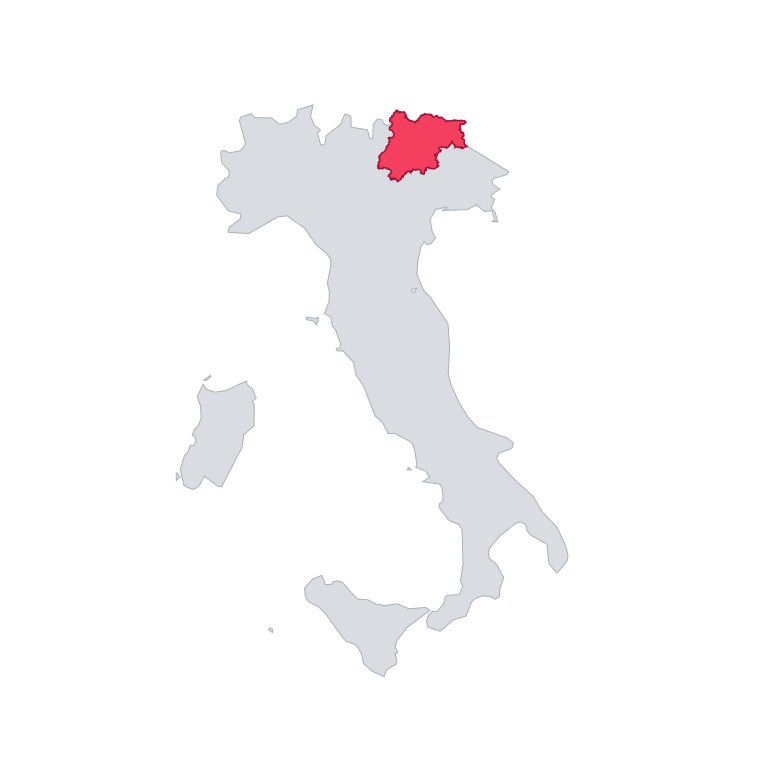 location of Trentino-Alto Adige, Bozen, Italy, rotated 20°
{"feature_id": "23120603B10307341449000", "entity_name": "Trentino-Alto Adige", "entity_type": "district", "adm_level": 2, "iso_a3": "ITA", "parent_name": "Italy", "parent_adm1": "Bozen", "projection": "mercator", "projection_center": [11.286, 46.382], "detail": "fine", "context": "in_parent", "style": "filled", "palette": "rose", "viewbox_px": 768, "rotation_deg": 20, "n_neighbors": 0, "source": "geoboundaries", "source_scale": "gbopen_adm2", "svg_char_len": 9756}
<svg xmlns="http://www.w3.org/2000/svg" viewBox="0 0 768 768"><g transform="rotate(20 384 384)"><path d="M166.9,175.4L171.2,178.0L187.2,172.5L197.0,175.7L205.1,170.4L210.2,162.2L209.1,155.9L221.9,146.0L223.3,157.3L230.5,165.0L237.4,166.9L235.8,171.5L242.7,180.8L245.5,180.0L246.4,178.3L244.7,170.4L254.4,155.0L254.7,144.3L256.5,143.2L261.3,143.9L265.3,153.9L281.4,150.8L286.9,158.4L289.4,156.9L285.2,143.9L287.2,137.2L291.4,136.0L294.4,139.2L300.6,140.1L300.9,136.1L299.3,133.5L301.5,122.0L310.8,123.1L316.2,127.2L322.7,127.1L328.2,118.0L332.5,115.7L353.4,115.1L368.8,109.6L370.1,110.8L367.3,115.2L368.2,118.0L377.4,131.3L428.8,141.8L428.0,145.0L417.0,153.3L416.2,156.5L417.9,159.3L426.2,161.2L420.5,169.0L420.5,172.0L424.9,172.4L424.3,181.8L429.7,184.7L435.7,192.9L429.6,194.5L432.1,192.2L426.0,184.2L419.6,187.6L409.5,184.1L402.6,191.7L379.1,201.1L383.2,196.8L381.5,196.8L372.9,202.4L371.0,213.8L377.6,225.0L382.7,229.0L380.3,235.8L377.2,238.4L373.1,236.5L371.9,242.6L374.1,258.7L377.7,270.0L389.3,282.5L397.7,286.5L423.5,305.5L432.9,326.6L441.0,352.8L447.8,362.6L461.8,376.5L474.6,386.7L486.4,392.9L517.6,392.6L525.5,394.9L526.4,399.2L524.9,402.1L515.6,409.4L515.1,415.1L519.5,419.1L540.7,429.7L562.3,438.5L576.8,450.1L595.7,459.6L610.3,474.3L615.5,482.0L616.5,488.0L612.9,498.3L610.9,502.5L600.5,496.6L592.1,479.0L573.7,475.9L568.3,472.9L565.3,467.5L559.4,467.0L555.4,469.8L545.3,486.3L539.8,500.5L539.5,506.2L542.5,511.8L551.3,514.9L562.7,524.9L563.0,537.3L565.1,544.3L562.1,548.2L556.3,547.2L548.6,549.7L543.2,554.2L540.9,558.5L540.4,573.9L530.1,581.8L521.2,597.2L508.2,597.3L505.1,592.6L505.0,585.5L507.3,581.2L512.0,579.2L515.3,570.1L514.3,563.6L516.1,560.7L526.7,556.3L527.2,547.1L523.2,543.0L519.9,526.3L507.0,493.8L502.7,490.6L491.3,489.8L477.9,481.1L477.0,477.5L479.3,474.0L477.7,469.2L473.5,461.0L470.6,459.0L453.9,462.6L458.6,455.8L452.7,451.5L442.3,451.5L442.5,448.5L435.1,435.0L430.1,429.5L411.1,426.7L404.9,429.1L395.5,420.5L386.9,417.3L365.1,392.5L354.6,385.1L347.9,374.2L334.6,367.0L328.5,368.8L327.0,367.4L330.2,365.2L329.5,361.1L320.5,350.2L315.2,346.7L311.5,339.7L303.9,338.0L304.2,325.3L301.3,316.3L296.3,308.6L293.4,290.2L291.1,285.0L285.6,281.1L273.2,276.7L255.9,264.7L235.4,259.1L227.0,263.3L205.5,288.9L185.5,294.8L185.0,289.5L192.7,277.6L191.1,273.2L178.6,274.6L162.2,263.8L160.0,254.2L164.6,245.1L167.3,242.9L165.8,236.8L155.8,231.6L151.8,223.4L151.5,220.7L154.0,219.2L159.9,219.7L169.2,213.9L171.9,206.0L157.9,185.9L158.4,181.7L166.9,175.4ZM381.2,287.5L381.9,282.7L377.7,285.7L378.9,287.9L381.2,287.5ZM504.7,580.9L489.0,605.0L483.7,621.1L484.4,627.2L488.8,631.7L486.6,633.4L491.4,641.0L491.3,643.0L484.3,651.6L484.2,659.0L471.0,657.9L460.3,653.6L455.0,645.0L450.7,641.4L446.2,638.6L436.9,638.8L432.8,637.0L408.0,620.1L398.4,615.6L387.3,614.4L382.8,610.7L379.2,603.2L383.6,591.6L391.0,585.1L397.6,592.5L403.3,590.1L403.6,587.7L407.7,584.8L412.8,584.7L432.3,595.2L442.6,592.3L451.9,593.4L460.4,592.0L471.6,586.0L484.5,586.7L499.4,579.8L504.7,580.9ZM269.3,447.9L276.1,467.7L269.7,479.6L272.2,492.5L266.6,535.8L263.6,537.1L246.7,532.1L245.4,542.0L243.2,546.0L239.9,548.6L230.8,547.9L221.7,533.8L221.0,519.8L222.9,515.7L223.0,507.6L226.5,507.1L226.8,501.6L224.8,498.6L221.3,497.6L221.3,491.4L223.8,486.6L223.8,478.3L219.2,467.6L212.8,459.8L214.1,446.3L219.6,449.8L227.7,449.6L237.5,444.4L253.5,428.4L255.6,431.3L262.4,434.0L268.7,440.9L266.2,445.3L269.3,447.9ZM299.2,343.8L300.7,347.1L300.2,351.6L296.9,349.0L288.9,350.0L288.0,347.7L297.8,345.8L299.2,343.8ZM224.1,540.8L221.9,545.7L219.4,539.2L219.7,538.3L224.1,540.8ZM218.8,436.5L215.2,442.1L213.4,441.9L217.9,435.4L218.8,436.5ZM364.2,655.6L359.8,654.5L359.7,652.1L363.1,652.5L364.2,655.6ZM439.1,455.3L435.4,456.9L435.5,454.1L439.1,455.3Z" fill="#d9dde1" stroke="#a8b0b8" stroke-width="1"/><path d="M316.1,180.4L318.4,181.6L318.5,181.9L318.1,182.3L318.0,183.2L318.4,184.0L318.1,184.1L318.1,184.5L317.7,184.5L317.6,185.7L317.1,186.1L316.8,187.1L318.3,187.2L318.9,187.6L319.7,187.9L320.1,188.2L319.5,188.8L320.5,189.6L320.8,189.6L321.0,189.0L321.5,188.9L321.9,188.0L322.0,188.4L321.7,189.3L322.6,188.7L322.5,188.4L322.9,188.2L322.7,187.7L323.3,187.6L323.4,187.1L323.6,187.1L323.6,187.8L324.6,187.8L325.2,187.1L325.5,187.7L326.6,188.6L327.4,188.3L327.8,188.4L327.8,188.8L328.4,188.3L328.4,187.6L328.7,187.2L330.0,186.0L329.8,185.4L330.0,184.5L329.8,183.3L330.4,183.6L331.0,183.4L330.5,182.9L330.8,182.5L330.4,182.4L330.4,181.8L330.9,181.0L331.5,180.7L331.7,179.8L332.3,179.4L332.5,178.2L332.2,178.0L332.6,177.7L333.0,177.8L332.7,176.9L333.1,176.7L333.3,175.9L333.1,175.7L333.6,176.0L333.8,175.8L334.9,175.9L334.7,175.1L334.7,174.8L334.9,175.4L335.2,175.2L335.5,175.8L336.7,176.4L336.5,175.7L337.0,175.5L337.0,174.4L337.9,174.5L338.0,174.0L337.6,172.8L337.6,172.2L340.5,172.3L341.3,171.4L341.9,171.4L342.1,170.8L342.6,170.6L344.1,170.5L345.6,170.9L346.0,173.0L346.4,172.8L346.9,173.2L347.3,172.9L347.7,173.0L347.6,173.5L349.4,173.3L349.8,173.0L349.8,172.2L350.0,171.9L349.5,171.2L349.4,170.7L349.1,170.3L349.7,169.7L349.3,169.6L349.1,169.1L349.6,168.7L350.7,168.7L350.6,168.1L349.9,167.5L349.7,166.9L349.8,166.0L350.5,166.1L351.1,165.4L352.0,165.3L352.4,165.3L352.7,165.9L353.3,165.2L353.5,165.5L354.9,165.5L355.1,165.2L357.6,164.6L358.4,163.7L359.1,162.8L359.0,162.5L359.4,161.8L359.4,161.3L360.2,161.6L360.2,161.0L360.7,160.6L360.7,160.0L359.8,160.0L359.2,159.0L358.6,158.6L359.4,157.2L359.1,157.2L358.4,156.8L357.9,157.0L357.7,156.5L357.8,155.8L357.7,155.5L356.8,155.9L355.8,156.0L355.4,155.1L356.0,153.9L355.6,153.5L355.6,152.9L354.4,152.4L354.4,151.8L353.6,151.5L353.3,151.0L354.0,150.4L354.4,150.6L354.9,150.4L355.1,149.9L355.7,150.6L355.6,149.3L355.7,148.6L356.0,148.0L355.8,147.7L356.2,147.3L356.3,146.7L357.1,146.7L357.8,146.2L357.7,144.9L357.4,144.5L354.9,144.2L354.7,143.8L354.9,142.9L356.2,142.0L357.8,141.6L358.7,141.0L360.0,141.2L360.2,140.7L360.8,140.4L361.7,140.3L362.1,141.0L363.2,139.4L363.5,138.5L364.0,138.1L364.1,137.2L363.9,136.8L364.2,136.6L364.2,136.2L364.7,136.0L364.9,134.9L365.1,134.8L364.8,134.2L365.0,133.8L364.8,132.9L366.3,133.8L367.2,134.6L367.6,134.7L367.9,135.3L368.5,135.1L368.9,135.3L369.3,136.0L369.8,136.0L369.7,137.5L370.5,136.7L371.7,136.3L371.8,135.8L372.4,135.5L372.8,136.0L373.3,136.2L374.1,136.1L374.6,135.8L374.6,135.5L375.3,135.6L375.5,135.3L375.8,135.8L376.3,136.1L377.3,135.9L377.5,135.6L377.0,135.1L377.1,134.8L378.1,134.7L379.2,133.3L380.9,132.6L380.8,132.3L379.5,132.2L378.9,131.5L378.4,131.5L377.2,130.5L376.6,129.2L376.2,127.2L374.3,126.6L373.3,126.7L373.2,126.2L373.6,125.6L373.2,124.9L374.2,123.8L374.2,123.4L373.8,123.3L373.5,122.5L373.6,122.0L373.0,121.6L373.1,121.3L372.9,120.9L371.7,120.5L371.3,121.2L370.9,121.2L370.6,121.5L370.0,120.8L370.0,120.2L369.6,119.7L368.8,119.4L368.5,119.6L367.8,119.2L368.2,119.0L368.8,117.9L368.4,117.1L367.6,116.8L367.3,116.4L367.5,116.3L367.6,115.3L367.2,115.1L367.3,114.7L366.9,113.9L367.9,112.9L368.6,113.2L369.2,112.8L370.2,112.7L370.7,111.7L370.7,110.9L371.6,110.3L371.0,109.5L369.5,109.0L368.5,109.6L367.5,109.7L366.8,110.1L366.0,109.8L365.4,110.3L365.2,110.9L363.9,110.8L363.0,111.6L361.3,111.4L360.9,112.0L360.4,111.8L360.1,112.4L359.5,112.1L358.8,112.4L357.9,113.3L356.7,113.8L355.7,114.7L353.6,114.7L353.0,115.9L352.3,116.1L351.5,115.9L350.8,114.7L350.0,114.6L349.0,114.8L347.9,114.1L347.6,113.6L346.0,114.0L345.7,114.2L345.7,114.5L344.1,115.2L343.1,114.0L341.8,113.7L341.4,114.1L341.4,114.6L340.7,114.7L340.3,115.6L338.8,116.3L337.9,116.0L337.0,114.8L336.5,114.8L336.2,115.2L335.5,114.7L335.1,115.2L334.4,115.1L333.3,115.4L333.0,115.8L331.6,116.1L331.1,116.4L330.6,116.0L329.9,116.4L329.4,116.3L329.3,117.2L329.6,117.5L329.4,117.7L328.4,118.5L327.5,118.3L327.3,118.5L327.2,119.1L326.7,119.3L326.8,120.5L325.8,122.7L325.9,123.3L325.7,123.6L326.0,123.8L326.2,124.5L325.2,125.3L324.5,125.5L324.3,126.2L323.8,127.8L323.5,127.4L322.4,127.6L322.0,127.3L319.9,127.2L318.4,127.9L317.8,127.7L317.7,127.4L317.2,127.2L316.7,126.8L316.4,126.9L316.1,127.3L315.7,127.2L314.6,126.0L313.5,126.6L312.4,126.5L312.2,125.9L313.0,125.5L313.2,124.9L313.7,124.4L313.3,123.9L312.1,123.6L311.8,123.1L310.9,122.8L311.1,122.2L310.1,121.7L309.9,121.4L309.4,121.9L307.1,122.5L306.9,122.9L305.2,123.6L305.5,123.0L304.2,123.2L303.1,123.0L303.2,122.8L302.6,122.4L302.2,122.6L302.2,123.0L302.0,123.4L302.0,123.7L301.7,124.0L301.7,124.8L301.4,125.5L300.6,126.0L300.3,126.5L301.1,127.4L301.1,128.5L299.5,129.6L300.2,130.4L300.0,131.0L299.6,131.2L299.2,132.1L298.7,132.3L299.1,133.1L299.1,134.0L299.5,135.1L301.2,134.9L303.0,136.3L302.7,136.9L302.8,137.3L302.7,137.6L302.9,137.8L302.7,138.5L302.4,139.1L302.5,139.6L302.3,140.4L301.8,140.6L301.5,141.1L301.7,142.3L302.4,143.2L302.7,143.3L303.1,143.0L305.3,143.3L306.4,144.4L307.3,144.7L308.1,145.9L307.9,146.1L308.0,147.7L308.2,148.1L308.5,148.1L308.5,148.5L307.6,149.4L307.6,149.8L306.0,149.9L305.0,150.6L305.1,150.9L304.9,151.2L304.1,151.1L304.0,151.7L305.9,152.8L305.9,153.5L306.5,154.3L305.7,155.2L306.3,155.7L306.7,157.4L306.0,158.0L306.1,158.7L305.3,159.6L305.0,160.5L305.9,161.8L305.6,162.2L305.5,162.8L305.2,163.1L305.3,163.5L305.3,164.6L305.0,165.4L304.2,166.3L304.0,166.7L303.0,167.5L302.6,168.1L302.5,168.4L302.8,168.7L302.8,169.9L302.2,170.1L301.7,170.7L301.5,171.8L301.5,172.6L302.5,172.9L302.9,172.9L302.8,174.4L303.0,174.5L303.0,175.0L303.6,175.5L303.7,175.8L303.7,176.6L303.1,176.9L303.2,177.3L303.0,177.6L303.0,177.9L303.5,178.3L303.4,179.2L303.7,180.2L303.4,180.8L303.7,181.2L304.5,181.0L305.0,181.5L304.4,182.2L304.7,182.4L304.5,182.7L304.8,183.0L304.6,183.2L305.3,183.5L306.5,183.2L306.7,182.7L307.7,182.2L308.7,182.2L309.0,182.4L309.3,181.5L309.5,181.3L309.4,180.7L310.2,180.8L311.2,180.2L311.6,180.5L312.6,180.1L313.2,180.5L313.4,180.8L313.7,180.3L314.1,180.1L314.8,180.7L316.1,180.4Z" fill="#f43f5e" stroke="#9f1239" stroke-width="1.5"/></g></svg>